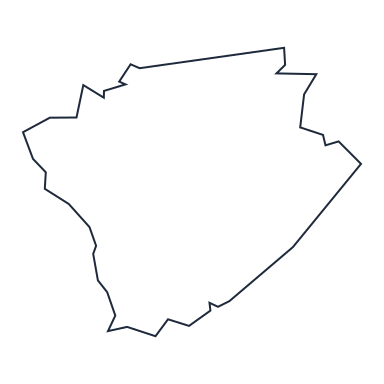 the district of Harrison, Kentucky, United States of America
{"feature_id": "52423323B26576691311255", "entity_name": "Harrison", "entity_type": "district", "adm_level": 2, "iso_a3": "USA", "parent_name": "United States of America", "parent_adm1": "Kentucky", "projection": "orthographic", "projection_center": [-84.363, 38.43], "detail": "fine", "context": "isolated", "style": "outline", "palette": "slate", "viewbox_px": 384, "rotation_deg": 0, "n_neighbors": 0, "source": "geoboundaries", "source_scale": "gbopen_adm2", "svg_char_len": 593}
<svg xmlns="http://www.w3.org/2000/svg" viewBox="0 0 384 384"><path d="M83.3,85.1L76.5,117.5L49.8,117.7L23.0,132.2L33.0,158.9L45.8,172.3L44.8,188.8L68.8,204.0L89.5,227.1L96.1,245.8L93.2,253.9L97.9,280.4L107.2,292.2L115.3,315.6L108.0,331.1L127.1,326.9L155.5,336.2L168.0,319.3L189.0,325.9L210.4,310.6L209.5,302.8L218.0,306.8L229.3,301.2L292.9,247.1L361.0,163.9L338.6,141.4L325.5,145.3L323.0,134.9L300.2,127.4L304.1,94.4L316.3,74.2L276.5,73.4L285.1,64.9L284.1,47.8L139.6,68.2L130.6,64.3L119.2,81.6L125.5,84.4L104.0,90.9L103.8,97.7L83.3,85.1Z" fill="none" stroke="#1e293b" stroke-width="2"/></svg>